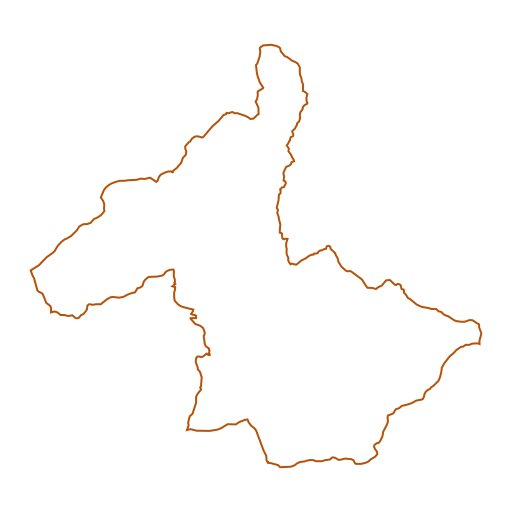 San Gil, Santander, Colombia
{"feature_id": "7082276B87231818219004", "entity_name": "San Gil", "entity_type": "district", "adm_level": 2, "iso_a3": "COL", "parent_name": "Colombia", "parent_adm1": "Santander", "projection": "mercator", "projection_center": [-73.117, 6.565], "detail": "fine", "context": "isolated", "style": "outline", "palette": "amber", "viewbox_px": 512, "rotation_deg": 0, "n_neighbors": 0, "source": "geoboundaries", "source_scale": "gbopen_adm2", "svg_char_len": 6030}
<svg xmlns="http://www.w3.org/2000/svg" viewBox="0 0 512 512"><path d="M30.7,270.4L32.3,275.0L34.1,278.4L37.4,290.5L38.6,291.6L41.8,293.2L42.8,294.1L46.2,302.8L50.3,306.0L51.1,307.9L51.0,312.4L53.3,311.7L55.2,311.6L57.7,312.6L60.6,315.0L64.1,315.0L68.3,316.0L72.4,315.3L75.1,317.7L76.2,318.2L77.7,318.3L78.7,317.9L81.2,315.0L83.2,314.2L85.7,311.4L87.0,309.2L87.4,305.7L88.6,304.5L89.7,304.2L92.4,304.8L96.6,304.2L100.7,304.3L107.0,299.2L110.5,297.3L112.6,296.9L119.1,297.7L123.4,296.9L127.4,294.7L132.3,292.9L135.0,292.4L137.4,288.3L140.2,287.5L141.8,286.5L142.7,285.3L143.7,281.8L145.0,280.0L147.5,277.7L149.1,276.9L157.0,276.6L162.4,275.5L164.3,274.1L165.0,272.7L166.8,271.1L170.0,269.8L173.4,269.5L173.9,270.8L173.8,276.4L174.7,279.1L175.0,281.9L174.3,282.9L175.3,284.1L172.4,286.3L175.2,287.1L175.0,289.6L174.1,292.9L174.2,297.9L174.8,300.8L177.9,304.3L180.1,305.8L183.2,307.1L193.3,309.6L192.9,311.4L191.0,313.9L192.0,314.5L195.6,315.3L196.1,315.8L195.8,317.2L196.2,317.6L196.0,318.1L190.6,318.2L190.5,318.6L195.0,323.7L196.5,324.5L199.9,325.6L202.8,327.7L203.5,329.0L204.8,332.7L204.5,334.4L203.8,335.9L203.7,337.4L204.1,338.4L204.7,343.7L205.8,346.3L209.1,348.6L209.0,349.6L209.5,350.8L209.0,352.9L209.8,354.7L209.7,355.0L208.8,355.1L207.6,354.6L206.7,353.6L202.7,356.7L201.2,357.0L198.8,356.5L197.5,356.6L196.4,357.5L195.7,361.2L195.9,362.5L197.7,367.4L197.8,369.3L200.0,371.8L201.7,377.3L201.0,386.3L200.2,387.4L201.1,389.4L197.4,394.1L196.1,396.8L196.1,402.8L192.5,413.8L189.9,416.2L188.9,419.1L188.1,423.5L188.5,424.4L188.5,425.7L187.0,430.0L189.4,429.3L191.1,429.3L196.6,430.7L209.8,430.9L217.2,429.7L220.9,428.3L227.7,424.2L235.8,424.4L239.2,422.1L245.1,419.8L247.5,419.5L248.7,422.4L251.1,425.7L254.0,427.9L255.3,429.3L256.3,431.0L263.7,450.8L266.3,455.9L266.5,459.9L267.2,461.7L268.0,461.9L268.0,462.8L268.5,462.9L271.1,463.2L278.0,465.1L280.1,467.2L290.9,466.7L294.6,465.3L297.2,463.3L300.1,462.0L304.9,461.4L306.1,460.8L310.5,460.0L313.3,460.1L315.8,461.2L322.0,461.2L324.1,460.4L330.0,459.5L332.3,457.4L333.0,457.4L335.0,457.8L338.3,459.7L339.8,459.9L345.0,458.6L351.2,459.1L353.6,460.3L354.8,463.0L356.0,463.9L361.2,463.9L365.9,462.7L368.3,461.6L370.8,459.3L375.3,456.6L377.3,454.1L377.0,451.7L375.0,449.0L374.0,446.7L374.5,444.9L376.6,443.3L378.6,442.9L380.3,440.9L382.4,436.4L383.3,431.5L386.7,425.1L387.9,422.0L387.6,416.8L388.0,415.5L392.9,413.6L394.0,412.4L394.6,411.0L395.8,409.3L399.3,408.1L401.7,405.9L407.3,404.6L411.6,403.2L416.2,400.6L421.9,399.5L423.0,398.8L424.1,396.3L424.4,394.4L425.5,392.2L427.0,390.5L430.2,388.7L430.8,387.6L433.4,385.8L438.3,381.1L440.0,377.3L441.3,372.0L441.8,367.9L442.3,366.8L444.5,363.0L449.6,356.5L454.0,352.7L456.4,350.0L461.1,346.8L463.0,346.7L465.6,344.9L469.7,344.8L471.8,343.7L476.1,343.4L478.4,343.5L479.5,344.0L479.5,340.5L481.2,334.3L481.3,333.1L479.1,327.3L479.1,325.0L478.7,324.0L477.2,323.4L473.0,320.5L471.9,320.1L469.4,320.1L464.8,321.7L461.6,321.8L456.8,321.2L454.4,320.4L448.0,316.1L446.2,315.7L443.7,314.4L441.2,311.9L438.6,311.3L436.4,309.1L431.5,309.0L428.5,308.0L423.3,307.2L420.8,306.5L416.6,304.5L410.7,299.6L407.7,297.7L406.0,294.8L404.0,292.7L403.9,290.2L403.5,289.5L402.0,289.3L401.4,288.6L400.7,285.3L400.0,284.6L398.4,284.0L397.3,284.0L396.3,285.0L394.8,284.7L390.0,280.1L386.9,280.2L385.8,280.7L381.8,285.6L378.0,287.3L376.0,289.0L372.1,287.9L367.5,287.8L365.7,285.5L362.0,279.5L351.2,271.5L349.8,271.0L347.9,271.3L346.1,270.8L341.5,266.8L338.5,261.9L337.5,257.8L336.1,255.7L334.9,252.8L330.7,249.0L330.2,246.8L328.9,245.8L327.2,246.1L326.5,246.7L326.1,248.8L324.2,249.1L321.4,250.5L320.3,250.4L318.4,251.7L317.8,253.0L316.6,253.5L314.1,253.6L313.4,254.7L311.9,254.6L309.0,255.9L306.0,258.2L301.0,260.7L297.0,264.2L296.0,264.7L291.8,263.6L290.6,264.3L289.1,262.4L288.1,259.9L288.4,258.1L286.8,254.5L286.5,252.6L286.7,248.8L286.1,246.2L286.2,243.3L287.5,238.9L285.1,238.7L283.6,239.3L282.9,238.8L282.3,238.1L282.0,233.8L281.5,233.1L280.3,233.0L279.7,232.4L280.3,224.3L278.9,219.0L278.6,216.7L277.3,213.1L277.9,209.7L276.7,207.9L278.5,200.5L278.9,195.0L279.2,194.3L280.5,193.3L280.6,190.5L280.1,189.3L281.0,188.8L281.7,187.6L284.0,187.0L285.8,183.4L285.5,181.5L283.6,180.5L284.1,176.7L283.4,173.1L283.8,171.7L286.2,166.9L289.6,165.4L291.0,164.0L291.5,162.2L294.1,161.2L293.5,159.2L292.7,158.5L290.9,154.6L288.5,151.3L288.8,148.4L286.7,145.4L288.3,143.3L288.9,141.5L289.7,140.9L290.6,137.3L292.8,136.3L293.2,135.5L293.3,134.1L292.3,132.1L292.4,130.9L294.8,128.8L296.9,124.9L297.2,123.2L299.1,121.5L300.2,117.9L299.8,116.3L300.1,113.0L300.6,111.8L302.0,110.1L302.8,108.2L302.7,107.3L304.5,105.1L307.0,103.9L307.4,103.2L306.6,101.2L306.4,97.9L307.4,94.1L305.3,92.1L302.9,90.9L303.1,84.6L301.8,81.2L301.3,77.9L299.9,74.3L299.8,67.3L297.7,63.6L295.3,62.0L292.2,60.7L286.9,56.9L284.8,56.2L280.8,51.4L280.1,48.2L278.9,47.1L276.5,46.0L271.2,44.8L263.3,45.4L260.3,47.4L259.8,48.3L260.3,51.8L259.6,56.7L257.3,63.5L256.0,65.1L256.9,73.1L257.6,76.1L259.8,82.4L263.3,87.8L262.7,88.5L258.0,91.3L257.6,92.0L257.8,95.0L257.2,98.5L256.9,99.6L255.6,101.5L258.4,107.6L258.6,114.1L257.2,115.0L253.5,118.6L250.5,119.0L248.1,117.3L245.2,115.8L237.4,113.2L234.3,113.2L232.8,112.1L231.0,112.3L228.7,113.3L226.5,112.9L225.9,114.3L223.5,115.0L218.8,120.7L212.3,126.4L203.4,136.9L201.9,137.5L199.1,136.6L196.2,136.3L194.6,136.7L191.9,138.7L190.2,141.4L188.5,142.5L185.2,146.4L185.3,148.7L186.3,151.5L185.7,155.0L182.8,157.9L181.7,161.4L180.6,163.7L178.5,165.8L177.1,167.7L172.6,171.3L172.8,172.1L172.4,172.3L170.7,171.3L168.1,171.6L165.9,172.1L160.5,174.8L159.0,176.9L157.5,180.8L156.4,181.9L150.1,177.7L144.5,179.0L141.0,178.6L136.6,179.8L127.6,180.3L124.7,180.8L119.6,180.8L114.5,182.3L110.7,183.9L108.1,185.6L105.8,187.6L103.9,190.1L100.8,197.5L103.2,201.0L104.3,204.4L104.0,208.4L104.4,211.0L102.4,213.6L100.5,215.6L96.7,217.9L94.0,219.0L90.7,222.8L87.1,224.1L84.2,224.1L82.6,224.5L79.3,226.5L76.5,230.7L71.1,236.0L66.7,238.6L64.6,239.4L61.5,241.8L57.6,246.0L54.7,251.0L52.7,252.9L46.5,257.3L39.0,265.2L30.7,270.4Z" fill="none" stroke="#b45309" stroke-width="2"/></svg>